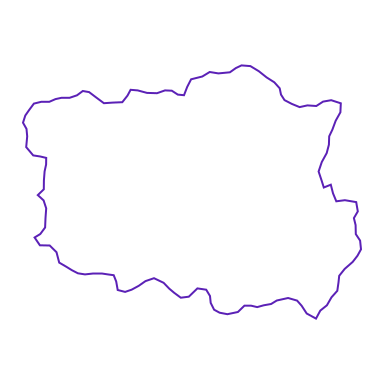 outline of Senador Amaral, Minas Gerais, Brazil
{"feature_id": "56859067B51175740111103", "entity_name": "Senador Amaral", "entity_type": "district", "adm_level": 2, "iso_a3": "BRA", "parent_name": "Brazil", "parent_adm1": "Minas Gerais", "projection": "mercator", "projection_center": [-46.219, -22.558], "detail": "fine", "context": "isolated", "style": "outline", "palette": "violet", "viewbox_px": 384, "rotation_deg": 0, "n_neighbors": 0, "source": "geoboundaries", "source_scale": "gbopen_adm2", "svg_char_len": 1712}
<svg xmlns="http://www.w3.org/2000/svg" viewBox="0 0 384 384"><path d="M61.5,97.8L55.5,99.1L49.3,101.8L41.3,101.8L33.9,103.6L29.0,110.2L25.3,115.5L23.0,122.7L26.5,128.9L27.2,136.4L26.2,147.1L33.2,155.4L40.3,156.5L46.2,157.9L46.1,164.5L44.6,171.4L43.9,180.5L43.8,189.3L37.8,195.1L43.6,200.4L46.2,208.4L45.5,218.1L45.1,227.5L40.3,234.0L34.6,237.5L39.9,245.3L49.7,245.5L56.5,252.2L59.2,262.6L66.4,266.8L71.9,270.2L77.9,273.3L85.0,274.4L93.3,273.5L101.8,273.5L107.8,274.4L113.7,275.2L116.2,281.5L117.7,290.0L125.1,291.9L131.6,289.7L138.6,285.9L145.5,281.1L154.0,278.2L163.6,282.8L169.3,288.7L174.3,292.9L180.8,297.7L188.8,296.7L197.4,288.4L206.2,289.7L210.0,296.0L210.7,302.9L214.1,309.7L219.6,312.7L227.4,314.2L237.9,312.0L244.4,305.7L251.2,305.7L257.2,307.1L263.7,305.3L271.1,304.0L276.8,300.5L288.1,298.0L297.1,300.6L301.6,305.7L306.7,313.5L316.0,318.6L320.3,310.6L326.9,305.3L331.5,297.3L337.3,290.8L338.5,282.4L339.2,275.8L344.7,268.9L352.7,261.9L357.5,255.7L361.0,249.3L360.1,240.6L355.8,234.1L355.6,225.1L353.9,218.1L357.8,211.4L356.2,202.1L344.9,200.2L336.3,201.3L333.0,193.3L330.8,184.7L323.8,187.5L321.5,180.2L318.6,171.5L321.8,162.0L326.7,153.1L328.9,144.7L329.2,136.3L332.4,129.6L335.7,120.7L340.4,112.3L340.8,103.3L331.2,100.2L323.1,101.6L316.3,106.0L307.4,105.4L299.6,107.1L291.8,103.9L284.5,100.1L281.0,94.6L279.7,88.3L274.3,82.3L266.6,77.4L258.8,71.2L250.4,66.1L241.5,65.4L235.8,68.1L229.9,72.3L218.4,73.4L209.7,72.0L202.3,76.5L191.1,79.3L187.2,86.9L184.0,95.2L177.8,94.6L171.8,90.7L165.0,90.4L157.0,93.2L147.0,92.9L137.7,90.4L130.6,89.8L127.5,95.6L122.3,102.2L112.7,102.6L103.9,103.2L95.7,97.1L89.1,92.1L82.8,91.0L77.0,95.3L69.6,97.8L61.5,97.8Z" fill="none" stroke="#5b21b6" stroke-width="2"/></svg>